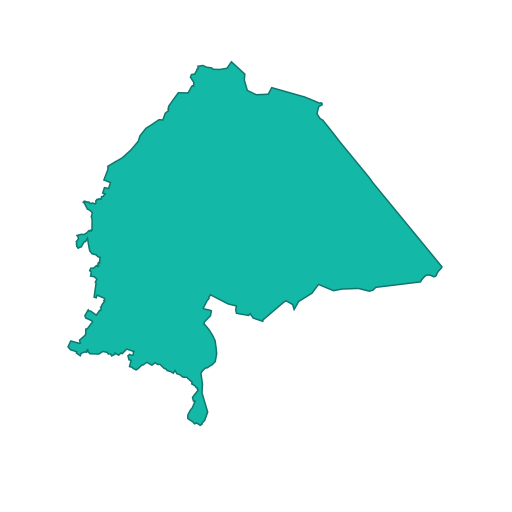 Ar-Raqqa, Ar Raqqah, Syria, rotated 287°
{"feature_id": "27442178B57458390277946", "entity_name": "Ar-Raqqa", "entity_type": "district", "adm_level": 2, "iso_a3": "SYR", "parent_name": "Syria", "parent_adm1": "Ar Raqqah", "projection": "natural_earth1", "projection_center": [39.122, 35.826], "detail": "fine", "context": "isolated", "style": "filled", "palette": "teal", "viewbox_px": 512, "rotation_deg": 287, "n_neighbors": 0, "source": "geoboundaries", "source_scale": "gbopen_adm2", "svg_char_len": 5026}
<svg xmlns="http://www.w3.org/2000/svg" viewBox="0 0 512 512"><g transform="rotate(287 256 256)"><path d="M114.0,125.9L116.3,134.4L119.9,137.4L120.2,140.5L120.4,141.6L119.1,143.4L119.8,145.6L118.2,147.2L121.3,150.3L121.9,149.8L121.0,153.7L123.8,155.2L123.5,156.6L129.2,159.6L128.9,167.2L127.7,166.9L125.6,167.6L124.7,166.4L125.0,163.9L123.1,162.7L119.6,164.9L119.7,167.1L113.3,167.3L113.3,170.3L112.6,171.2L112.0,174.7L114.3,176.5L118.4,178.7L118.7,179.8L122.4,182.7L121.1,188.4L124.5,190.7L123.5,193.5L124.3,195.9L121.6,201.1L121.7,202.9L120.5,204.5L120.5,208.1L119.8,211.3L122.8,212.0L120.3,214.8L120.1,218.8L119.2,220.1L118.8,221.7L119.8,225.5L118.8,227.0L116.6,231.8L114.9,231.9L114.0,235.6L112.7,237.3L112.4,238.8L111.6,238.8L110.6,240.1L108.9,239.1L102.2,236.6L99.0,238.6L99.4,240.2L92.3,239.5L89.4,238.3L84.1,237.3L80.6,238.3L78.8,244.3L77.5,246.2L79.0,248.1L77.7,252.2L79.6,253.6L80.5,253.3L83.7,255.0L92.7,255.4L100.8,250.0L109.3,244.4L117.8,242.3L127.8,237.6L130.6,238.4L133.9,240.3L135.1,242.4L136.6,243.4L139.1,245.8L143.1,247.9L150.9,247.0L156.8,244.6L163.1,241.6L167.5,237.6L171.8,232.6L174.9,227.9L175.7,226.2L177.7,225.9L181.5,227.8L185.4,229.9L190.5,229.4L190.7,227.6L190.2,221.8L190.7,220.8L198.5,222.2L201.8,223.5L203.3,222.9L204.6,223.7L205.6,223.7L202.0,243.4L202.5,251.8L198.4,252.4L195.5,254.1L197.0,266.3L199.1,267.2L195.8,271.6L195.5,281.6L197.0,281.4L219.9,296.0L221.9,298.0L220.3,305.2L216.0,308.1L225.0,310.1L236.8,320.4L247.1,324.1L245.5,340.3L249.6,348.1L254.9,363.4L255.5,374.7L257.5,377.8L261.1,379.8L279.3,420.8L279.5,420.9L279.7,421.0L279.8,421.0L280.1,421.0L280.3,421.1L280.7,421.1L280.8,421.2L281.0,421.2L281.2,421.3L281.3,421.3L281.7,421.4L281.8,421.5L282.0,421.6L282.4,421.7L282.5,421.7L282.6,421.8L282.9,421.9L283.2,422.0L283.3,422.1L283.6,422.2L284.0,422.4L284.3,422.5L284.8,422.8L285.1,423.0L285.4,423.1L285.6,423.3L285.8,423.4L285.9,423.5L286.3,423.7L286.7,423.9L287.0,424.2L287.2,424.3L287.3,424.5L287.5,424.8L287.6,425.0L287.8,425.4L287.9,425.5L288.0,425.7L288.0,425.8L288.1,426.0L288.2,426.3L288.2,426.5L288.3,426.6L288.3,426.8L288.4,427.1L288.4,427.4L288.4,427.5L288.5,427.6L288.5,427.9L288.5,428.0L288.5,428.3L288.5,428.6L288.5,428.8L288.5,429.0L288.5,429.3L288.5,429.5L288.4,429.9L288.4,430.0L288.3,430.4L288.3,430.5L288.2,430.7L288.2,430.8L288.2,431.0L288.2,431.3L288.2,431.5L288.2,431.8L288.2,432.0L288.3,432.0L288.3,432.3L288.4,432.6L288.5,432.7L288.6,432.8L288.7,433.0L288.8,433.1L289.0,433.3L289.2,433.5L289.3,433.6L289.5,433.7L289.6,433.8L289.8,433.9L290.0,434.0L290.3,434.1L290.5,434.1L290.9,434.1L291.2,434.1L291.3,434.1L291.5,434.2L292.0,434.2L292.4,434.3L292.7,434.3L292.9,434.4L293.2,434.4L293.5,434.5L293.9,434.6L294.2,434.7L294.3,434.7L294.6,434.8L294.8,434.9L298.4,436.7L300.0,437.0L306.2,427.7L360.4,346.1L364.1,341.3L389.6,302.9L394.4,296.2L398.5,290.3L400.5,287.4L404.2,281.9L405.4,280.3L406.1,277.2L408.4,274.4L410.0,272.7L417.2,272.3L419.9,275.0L421.4,274.4L421.4,273.0L420.7,272.4L422.3,256.1L421.6,221.8L414.3,220.4L410.3,209.1L411.8,199.3L420.8,193.4L426.7,192.1L434.5,175.7L427.1,173.4L423.9,167.1L422.0,160.5L422.9,158.7L422.1,153.2L422.7,149.6L420.5,145.0L418.6,145.8L417.5,145.0L415.3,145.0L414.0,144.5L412.2,144.3L410.7,141.3L407.8,141.0L404.0,145.6L400.3,146.7L400.2,145.3L398.6,144.7L392.1,143.4L389.4,134.0L374.2,128.8L372.7,128.7L371.6,129.4L371.0,128.9L369.4,129.8L366.1,127.5L358.8,127.1L358.0,123.4L351.6,118.3L345.9,113.4L337.0,109.9L331.4,109.9L323.4,106.5L320.5,105.2L314.3,101.5L310.5,99.2L305.7,94.6L298.5,88.1L295.6,89.1L284.2,88.3L283.7,95.3L277.5,95.3L277.1,91.1L271.3,91.0L271.3,93.5L268.2,92.3L267.6,91.0L265.0,91.1L264.7,88.9L263.9,88.7L263.7,87.4L261.7,86.7L260.0,87.5L258.9,87.1L258.9,84.0L257.9,82.9L258.1,81.0L258.7,80.7L258.5,79.2L258.2,79.0L258.3,78.2L257.8,77.8L257.8,76.9L258.5,76.4L258.0,75.6L256.9,75.0L256.3,76.5L251.6,81.0L251.2,83.5L249.6,86.8L245.4,87.0L243.6,88.4L232.7,91.6L232.0,91.4L232.5,90.5L231.0,89.5L231.4,88.8L228.7,87.4L226.2,85.2L225.7,82.6L223.3,78.8L222.0,80.4L220.3,81.2L217.1,79.9L216.2,80.7L214.6,80.8L213.3,81.9L212.9,81.7L211.4,83.7L213.0,85.0L213.5,86.2L219.5,87.6L219.9,88.8L224.0,89.6L219.7,91.6L216.3,93.3L212.3,95.5L210.2,98.5L210.3,101.0L210.4,102.4L209.0,105.4L209.2,107.2L203.6,108.5L203.8,107.2L202.6,107.2L201.9,107.1L200.6,108.5L199.6,107.7L200.2,106.2L197.0,104.3L196.1,101.6L193.3,101.2L192.6,103.1L188.4,103.7L188.9,107.3L187.4,110.6L183.9,110.0L183.3,111.0L169.3,113.2L169.3,115.4L172.1,115.5L171.3,123.0L170.5,124.0L168.8,123.5L168.4,124.5L164.7,123.0L162.0,122.9L161.6,122.4L161.1,123.0L158.6,123.5L158.3,122.3L152.8,120.6L155.0,113.8L154.6,112.2L155.4,111.3L148.9,109.8L146.9,111.2L146.1,117.8L144.7,119.0L142.8,118.0L141.3,117.5L136.9,115.9L136.4,114.6L134.2,115.2L131.9,116.0L130.2,115.7L123.9,111.8L121.3,113.5L120.8,112.8L120.6,103.7L114.2,102.8L112.1,106.0L112.0,112.6L110.7,112.6L109.2,117.1L109.9,117.3L111.4,117.1L112.0,117.6L113.4,119.3L114.1,120.1L114.4,122.1L117.0,122.0L117.0,122.7L115.4,123.2L114.0,125.9Z" fill="#14b8a6" stroke="#0f766e" stroke-width="1.5"/></g></svg>